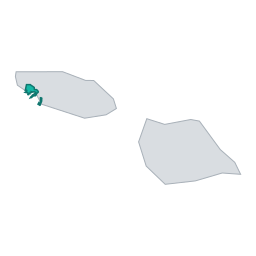 location of Vaa o Fonoti, Samoa, rotated 180°
{"feature_id": "51752279B29729282307798", "entity_name": "Vaa o Fonoti", "entity_type": "district", "adm_level": 2, "iso_a3": "WSM", "parent_name": "Samoa", "parent_adm1": "", "projection": "robinson", "projection_center": [-171.548, -13.927], "detail": "fine", "context": "in_parent", "style": "filled", "palette": "teal", "viewbox_px": 256, "rotation_deg": 180, "n_neighbors": 0, "source": "geoboundaries", "source_scale": "gbopen_adm2", "svg_char_len": 3050}
<svg xmlns="http://www.w3.org/2000/svg" viewBox="0 0 256 256"><g transform="rotate(180 128 128)"><path d="M90.8,71.7L109.8,89.9L117.4,114.1L109.2,137.3L91.3,131.6L65.2,136.5L56.6,134.9L35.7,106.4L21.2,93.6L15.4,81.7L33.8,83.0L60.7,75.1L90.8,71.7ZM239.9,184.2L193.4,184.3L170.5,175.6L162.3,175.5L142.6,157.1L139.6,147.5L149.9,141.2L171.4,137.8L214.5,151.8L221.0,164.2L230.9,165.5L238.6,170.8L240.6,179.5L239.9,184.2Z" fill="#d9dde1" stroke="#a8b0b8" stroke-width="1"/><path d="M220.7,166.4L221.6,166.4L221.8,168.6L223.5,169.8L224.9,170.7L225.7,171.4L229.5,171.4L230.7,165.8L230.4,165.8L230.1,165.9L229.7,165.9L229.3,165.7L229.2,165.6L229.2,165.4L229.3,165.3L229.4,165.1L229.5,164.9L229.5,164.7L229.8,164.3L229.9,164.2L230.0,164.2L230.3,164.1L230.5,164.1L230.8,164.0L230.7,164.0L230.8,163.9L230.7,163.9L230.8,163.8L230.7,163.8L230.6,163.7L230.4,163.7L230.2,163.8L229.9,163.9L229.7,163.8L229.7,163.7L229.7,163.4L229.4,163.4L229.2,163.5L228.9,163.6L228.6,163.5L228.5,163.4L228.5,163.2L228.4,163.2L228.2,162.9L228.0,162.6L227.9,162.5L227.9,162.4L228.0,162.2L228.1,161.9L228.2,161.7L228.1,161.4L227.9,161.3L227.7,161.3L227.4,161.4L227.4,161.6L227.2,161.8L227.0,162.0L226.9,162.2L226.6,162.4L226.4,162.5L226.2,162.4L226.2,162.5L226.3,162.6L226.2,162.6L226.1,162.8L225.9,162.9L225.8,163.0L225.6,163.1L225.3,163.2L225.4,163.4L225.5,163.6L225.4,163.6L225.2,163.8L224.9,163.9L224.7,163.9L224.7,164.0L224.6,163.9L224.5,164.1L224.3,164.2L224.2,164.3L223.9,164.2L223.7,164.1L223.4,163.9L223.3,164.0L223.1,164.0L222.9,164.2L222.7,164.1L222.4,164.1L222.2,164.2L221.9,164.2L221.7,164.2L220.8,163.9L220.3,163.7L220.6,163.1L220.8,162.9L221.1,162.6L221.2,162.4L221.3,162.3L221.5,162.2L221.8,162.1L221.9,161.9L222.1,161.8L222.2,161.7L222.3,161.6L222.5,161.4L222.8,161.3L222.8,161.2L223.0,161.1L223.4,160.9L223.6,160.9L223.7,160.7L223.8,160.4L224.0,160.3L224.1,160.2L224.4,159.8L224.5,159.7L224.8,159.4L225.0,159.3L225.1,159.2L225.2,158.9L225.3,158.8L225.4,158.7L225.5,158.6L225.6,158.4L225.4,158.5L225.2,158.7L225.0,158.4L224.9,158.5L224.7,158.7L224.5,158.8L224.3,158.8L224.2,158.7L223.8,159.1L223.1,159.7L222.5,160.1L221.5,160.2L221.3,160.2L221.0,160.3L220.7,160.3L220.7,160.6L220.4,161.1L219.6,161.2L219.7,162.2L218.4,163.2L218.0,163.6L217.8,163.8L217.7,164.1L217.7,164.3L217.9,164.6L218.1,165.0L218.3,165.3L218.5,165.6L218.8,165.8L219.1,166.1L219.4,166.4L220.7,166.4ZM217.4,152.9L217.6,152.5L217.6,152.4L217.8,152.1L218.0,151.8L217.9,151.7L217.7,151.7L217.3,151.5L217.0,151.2L216.8,151.1L216.6,151.0L216.5,150.9L216.3,150.8L216.1,150.7L215.9,150.8L215.8,151.0L215.8,151.3L215.7,151.6L215.5,152.0L215.3,152.6L215.1,153.0L215.0,153.5L214.7,153.8L214.6,154.1L214.5,154.3L214.4,154.8L214.3,155.6L214.3,157.6L214.2,157.8L214.3,157.9L214.5,157.9L214.6,158.0L214.8,158.1L215.1,158.3L215.4,158.3L215.6,158.2L215.5,155.6L215.5,154.9L215.6,154.6L215.8,154.1L216.0,153.6L216.1,153.2L216.2,152.9L216.3,152.7L216.3,152.4L216.2,152.0L216.3,151.9L216.5,151.6L216.8,151.7L216.8,151.8L216.9,152.0L217.3,152.6L217.4,152.9Z" fill="#14b8a6" stroke="#0f766e" stroke-width="1.5"/></g></svg>